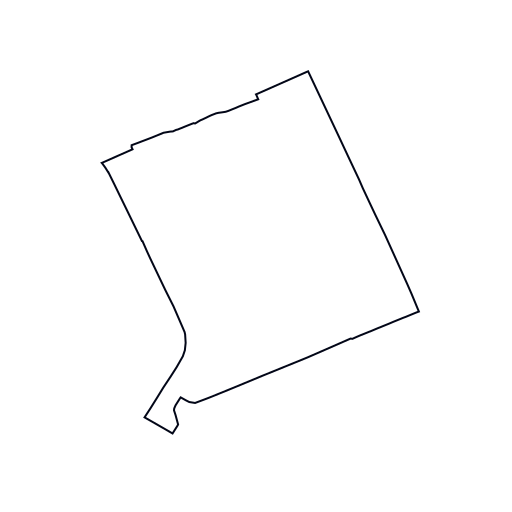 6 October-1, Al Jizah, Egypt, rotated 103°
{"feature_id": "37247803B48784531357995", "entity_name": "6 October-1", "entity_type": "district", "adm_level": 2, "iso_a3": "EGY", "parent_name": "Egypt", "parent_adm1": "Al Jizah", "projection": "natural_earth1", "projection_center": [30.968, 29.986], "detail": "fine", "context": "isolated", "style": "outline", "palette": "ink", "viewbox_px": 512, "rotation_deg": 103, "n_neighbors": 0, "source": "geoboundaries", "source_scale": "gbopen_adm2", "svg_char_len": 1751}
<svg xmlns="http://www.w3.org/2000/svg" viewBox="0 0 512 512"><g transform="rotate(103 256 256)"><path d="M315.2,145.3L315.0,143.4L313.3,141.2L311.8,139.2L309.1,135.5L309.0,135.2L308.8,135.0L305.3,130.0L304.1,128.3L304.0,128.1L303.9,127.9L301.5,124.6L299.9,122.4L298.6,120.6L297.4,118.8L296.1,117.0L292.1,111.3L289.1,107.2L284.2,100.2L283.9,99.8L283.6,99.4L282.4,97.6L281.7,96.5L278.4,91.9L275.0,87.1L273.5,84.8L257.8,96.0L249.2,102.4L206.6,134.9L188.8,149.2L177.5,158.1L165.9,167.2L158.3,172.8L138.0,188.8L121.9,201.4L64.3,246.8L98.5,292.3L98.6,292.2L102.8,289.1L110.6,301.1L112.4,303.7L114.2,306.3L116.3,309.1L118.3,312.0L120.0,314.4L120.9,315.7L122.3,318.0L123.7,321.5L124.9,324.7L126.0,327.0L127.1,328.6L128.5,330.7L129.7,332.3L131.3,334.3L132.4,335.6L133.8,337.4L135.0,338.9L136.2,340.6L137.6,342.1L139.2,343.7L140.6,345.2L140.6,346.6L141.6,348.2L144.1,351.8L146.2,354.8L147.8,357.0L149.0,358.8L150.3,360.6L150.5,361.0L151.1,362.2L153.3,365.0L154.1,367.6L156.7,373.8L164.0,384.1L168.1,390.2L170.1,393.2L172.4,396.6L176.0,402.1L178.0,401.7L179.8,400.3L200.0,427.2L200.2,426.9L200.5,426.5L203.9,422.6L207.8,418.7L207.7,418.6L218.1,410.1L226.9,403.0L241.1,391.5L267.1,370.5L267.1,370.2L267.1,369.9L275.7,363.5L281.9,358.7L299.9,344.4L309.7,336.6L323.7,325.0L343.1,310.7L344.9,309.4L346.1,308.5L348.4,307.4L356.5,305.0L363.9,304.1L368.9,304.6L370.1,304.7L382.1,308.3L392.5,312.0L405.0,316.7L416.3,320.5L428.2,324.6L438.3,328.3L440.1,322.3L444.3,308.4L447.7,297.4L439.2,294.4L437.7,294.0L429.1,298.6L424.8,301.2L422.9,301.4L419.6,300.8L411.9,298.1L410.7,297.6L412.4,291.8L413.3,288.2L412.9,282.3L406.8,273.1L406.7,273.0L406.6,272.8L404.3,269.4L390.3,249.5L371.1,222.6L343.1,182.8L315.2,145.3Z" fill="none" stroke="#020617" stroke-width="2"/></g></svg>